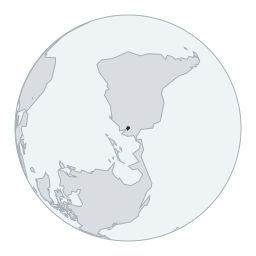 Táchira on an orthographic globe, rotated 225°
{"feature_id": "VEN-28", "entity_name": "Táchira", "entity_type": "State", "adm_level": 1, "iso_a3": "VEN", "parent_name": "Venezuela", "parent_adm1": "", "projection": "orthographic", "projection_center": [-71.957, 7.987], "detail": "fine", "context": "on_globe", "style": "filled", "palette": "slate", "viewbox_px": 256, "rotation_deg": 225, "n_neighbors": 0, "source": "natural_earth", "source_scale": "10m", "svg_char_len": 8137}
<svg xmlns="http://www.w3.org/2000/svg" viewBox="0 0 256 256"><g transform="rotate(225 128 128)"><circle cx="128" cy="128" r="113" fill="#eef3f6" stroke="#a8b0b8"/><path d="M115.9,127.3L113.3,126.0L110.7,129.3L101.7,123.7L98.6,117.0L72.0,105.7L69.5,102.2L69.8,96.8L62.9,79.0L65.0,95.5L61.9,92.2L59.9,86.2L61.5,84.8L60.8,76.4L58.4,73.2L59.9,63.1L68.2,51.2L68.7,53.1L70.7,50.3L70.2,47.9L69.4,47.1L75.4,37.1L75.0,32.5L71.2,33.7L74.9,31.6L65.1,36.1L62.5,36.8L67.8,34.5L70.1,33.2L69.4,32.7L71.7,31.3L72.6,30.5L75.4,29.0L78.2,28.1L80.0,27.2L79.5,27.0L81.9,25.7L82.4,26.0L86.6,23.8L92.2,22.8L91.4,26.4L96.7,25.8L102.0,29.8L103.8,28.7L106.9,30.0L110.2,29.3L110.2,30.6L112.7,29.0L112.1,28.0L113.0,27.0L114.8,26.6L115.2,28.1L114.3,28.5L115.4,28.7L114.8,29.7L116.2,29.0L116.4,31.0L118.9,28.5L121.4,29.7L120.8,31.2L117.3,31.7L107.2,37.6L105.6,39.9L106.7,42.3L116.5,45.3L116.1,47.8L118.2,50.8L120.1,48.9L119.1,46.0L123.0,43.5L121.3,40.6L122.7,39.4L122.4,36.4L126.3,36.3L130.3,37.9L130.7,40.5L132.5,41.4L135.2,38.8L139.0,43.7L146.8,47.6L147.4,49.1L142.9,52.0L135.0,52.2L129.1,57.4L136.8,53.7L138.1,58.2L140.0,58.9L142.2,58.6L143.2,56.9L144.5,58.5L137.4,62.4L136.1,61.0L138.4,59.6L134.7,59.9L129.9,63.2L130.9,65.6L122.6,69.1L123.2,71.0L121.8,73.0L121.3,69.7L122.0,75.9L112.3,83.0L113.1,94.5L108.1,85.6L103.8,84.6L98.5,84.9L98.5,86.7L91.5,85.3L85.1,89.3L82.5,98.4L84.7,105.5L92.5,105.9L94.9,101.9L100.7,101.1L96.4,111.9L106.4,113.4L105.3,121.6L108.2,125.8L113.3,124.7L118.5,126.7L122.3,121.9L128.4,119.3L128.5,125.9L131.9,119.8L135.3,122.9L147.4,122.4L146.4,123.9L156.6,131.4L167.6,134.4L170.1,139.1L168.8,142.2L172.6,142.8L172.7,144.8L187.6,146.9L195.0,151.1L194.7,157.8L188.2,165.9L181.8,182.1L170.1,187.9L166.7,194.2L157.0,203.3L149.9,202.9L151.6,207.1L147.4,209.7L142.7,210.0L141.6,212.9L138.1,213.0L140.3,214.9L134.4,218.6L135.8,221.5L131.5,224.3L132.6,225.9L131.0,225.8L129.3,226.4L129.1,227.3L124.4,225.8L123.3,222.1L125.1,220.2L123.0,219.8L126.9,214.8L124.6,215.8L125.4,207.8L128.9,201.0L131.3,180.4L128.9,176.2L120.3,171.3L109.9,155.3L112.7,148.7L110.4,145.5L117.9,136.1L115.9,127.3ZM22.1,93.5L22.9,90.9L22.7,92.6L22.1,93.5ZM23.3,89.4L23.0,90.2L23.2,89.5L23.3,89.4ZM23.4,88.8L23.3,89.2L23.4,88.8ZM23.3,88.4L23.4,88.5L23.3,88.4ZM112.4,98.5L123.9,104.0L117.3,104.8L118.6,103.7L115.7,101.4L110.2,99.3L104.5,100.6L112.4,98.5ZM23.6,87.1L23.7,86.6L23.8,86.5L23.6,87.1ZM117.7,92.0L115.7,91.6L117.7,91.5L117.7,92.0ZM68.7,47.1L69.9,48.1L69.6,50.9L68.2,50.1L68.7,47.1ZM69.7,42.4L70.9,42.2L68.7,44.8L68.7,44.1L69.7,42.4ZM67.9,35.0L68.5,35.3L67.2,35.6L67.9,35.0ZM72.3,30.6L71.4,31.1L72.3,30.4L72.3,30.6ZM120.3,36.8L121.3,36.6L120.8,37.2L120.3,36.8ZM119.2,35.7L117.9,36.5L117.1,36.2L118.0,35.7L119.2,35.7ZM77.3,27.7L79.0,26.8L77.7,27.5L77.3,27.7ZM120.9,34.8L116.0,35.5L114.8,34.9L116.9,32.5L120.9,34.8ZM83.8,24.4L89.6,22.1L83.8,24.5L82.6,25.2L82.0,25.4L80.3,26.1L84.3,24.2L83.1,24.7L83.8,24.4ZM111.1,27.9L111.9,28.9L109.5,28.5L111.1,27.9ZM109.3,27.8L100.8,28.5L100.5,27.0L103.4,26.9L101.8,25.5L105.8,24.4L107.7,25.0L107.0,26.1L109.1,24.9L109.3,27.8ZM92.7,21.1L94.1,20.7L93.2,21.0L92.7,21.1ZM113.2,26.6L111.4,26.7L111.1,25.4L114.5,24.9L113.5,25.4L113.2,26.6ZM99.3,25.8L99.7,24.9L103.1,23.7L103.7,23.2L105.9,24.3L99.3,25.8ZM114.5,25.6L116.2,24.7L118.0,25.0L114.8,26.4L114.5,25.6ZM109.6,25.3L109.6,24.7L110.7,24.9L109.6,25.3ZM125.5,26.0L123.5,26.0L123.1,25.3L125.5,26.0ZM116.7,24.3L116.1,24.2L115.7,24.0L117.1,23.5L116.7,24.3ZM108.2,23.5L109.5,23.2L107.4,22.9L109.9,22.2L111.0,23.1L111.5,22.4L112.3,22.2L112.3,23.3L108.2,23.5ZM117.5,22.4L119.7,23.7L123.6,23.7L124.0,24.3L117.7,24.2L117.5,22.4ZM114.5,22.8L116.4,22.7L115.9,23.4L114.3,23.9L114.5,22.8ZM111.2,21.4L107.1,22.3L107.0,22.1L111.2,21.4ZM118.7,22.2L118.2,22.0L119.1,22.2L118.7,22.2ZM113.6,21.5L112.2,21.7L113.6,21.5ZM118.2,21.2L118.9,21.6L117.8,21.9L118.2,21.2ZM116.2,21.2L116.4,20.8L117.0,21.8L115.6,21.4L116.2,21.2ZM113.8,21.2L113.3,21.1L114.4,21.1L113.8,21.2ZM122.0,20.0L123.0,21.2L120.6,21.8L119.9,20.5L122.0,20.0ZM132.2,228.9L124.8,226.3L129.0,227.5L132.0,226.1L135.8,228.0L132.2,228.9ZM141.0,225.2L144.4,224.4L145.2,224.8L143.0,225.5L141.0,225.2ZM212.9,54.0L213.7,55.0L216.7,58.6L218.4,60.8L213.9,55.6L212.0,53.5L206.3,49.1L208.5,51.5L214.1,56.0L213.7,55.9L216.7,59.8L214.1,56.8L207.5,51.8L207.5,54.8L212.8,65.7L211.7,67.6L208.3,66.7L201.1,57.2L204.4,54.2L201.9,51.3L196.6,48.2L198.1,47.7L196.4,46.3L197.2,45.3L193.8,41.0L194.0,39.9L188.3,35.7L187.6,34.8L191.2,37.4L193.7,38.9L193.5,37.0L192.2,35.9L188.6,33.5L189.0,33.5L185.5,31.5L183.2,29.9L183.0,30.3L178.7,28.0L175.0,26.0L173.6,25.4L179.6,28.9L182.0,30.2L184.2,31.2L190.8,35.7L191.8,37.0L184.7,33.0L185.3,34.5L179.6,31.2L166.9,23.2L163.8,21.5L166.9,22.3L171.0,23.9L171.1,24.0L173.4,24.9L180.8,28.5L187.9,32.6L194.8,37.3L201.2,42.4L207.3,48.0L212.9,54.0ZM91.5,21.4L89.6,22.1L83.8,24.4L91.5,21.4ZM230.1,175.5L235.2,161.7L237.8,152.4L239.0,145.9L239.2,132.7L239.3,124.3L238.7,121.3L237.8,123.0L236.8,119.5L236.0,120.0L228.9,126.4L225.1,122.4L216.5,108.5L216.6,101.7L213.6,94.8L211.5,68.0L214.4,68.2L216.6,62.2L217.4,62.5L220.8,67.7L225.3,71.5L222.5,66.7L222.7,67.0L226.8,73.9L230.5,81.2L233.6,88.7L236.1,96.4L238.1,104.2L239.5,112.2L240.4,120.3L240.6,128.4L240.3,136.5L239.4,144.6L237.9,152.5L235.9,160.4L233.3,168.1L230.1,175.5ZM216.1,80.4L217.1,82.4L217.1,82.5L216.1,80.4ZM147.7,122.3L149.2,123.5L147.3,123.6L147.7,122.3ZM116.3,107.4L118.8,107.6L120.1,108.6L118.2,108.9L116.3,107.4ZM137.0,107.4L139.9,107.9L136.9,108.5L137.0,107.4ZM125.7,104.7L134.8,107.2L129.0,109.2L123.3,107.7L127.3,107.1L125.7,104.7ZM116.5,95.8L118.0,96.2L117.5,97.4L116.5,95.8ZM119.1,92.0L118.5,92.1L117.8,91.2L119.1,92.0ZM138.6,57.9L139.2,57.7L141.4,57.8L140.4,58.5L138.6,57.9ZM151.3,54.3L153.0,57.0L151.0,55.5L149.9,56.8L144.4,55.5L147.4,49.9L147.0,52.5L151.3,54.3ZM137.8,52.6L141.0,53.8L137.4,52.7L137.8,52.6ZM186.1,40.3L187.8,40.8L189.7,42.6L189.5,44.9L186.8,42.2L186.1,40.3ZM189.8,41.1L182.9,37.0L182.7,35.7L184.0,37.0L184.6,36.6L186.8,38.7L193.4,41.9L195.5,43.8L194.0,46.4L193.4,44.4L191.7,43.9L189.8,41.1ZM165.4,31.7L162.4,30.8L165.9,29.1L168.3,30.3L168.3,32.3L165.4,32.3L165.4,31.7ZM125.5,31.0L124.2,31.3L124.0,30.8L125.1,30.1L125.5,31.0ZM124.6,26.1L131.5,29.3L130.2,29.7L135.8,31.5L134.7,33.5L131.1,32.2L134.4,35.2L130.8,34.9L133.3,36.9L125.6,33.9L122.4,33.9L126.4,33.0L127.5,31.1L127.0,30.4L123.3,28.3L117.1,27.9L117.2,26.3L119.0,25.3L120.5,25.1L119.9,26.2L122.3,25.2L122.7,26.6L124.6,26.1ZM139.1,18.6L137.8,19.1L142.7,18.9L143.1,19.7L143.7,19.7L145.4,20.5L148.4,21.4L148.0,21.8L149.4,22.0L150.5,22.7L152.2,23.2L152.2,24.1L154.3,24.9L153.1,24.9L156.7,26.1L154.0,25.7L155.2,26.7L157.2,26.5L152.9,32.0L153.2,35.2L154.9,38.2L150.0,37.6L145.4,34.6L141.5,30.9L141.9,28.2L139.7,28.6L139.2,27.5L141.2,27.7L137.8,26.9L138.0,26.0L134.5,23.8L129.6,23.5L128.2,22.8L130.2,22.6L127.5,22.1L130.3,21.2L129.3,20.8L131.2,19.7L135.5,19.6L134.2,19.2L135.5,18.5L139.1,18.6ZM122.7,19.6L127.8,19.1L130.5,19.4L126.2,21.3L126.7,21.8L124.0,23.4L120.1,23.0L121.2,22.6L121.4,22.1L122.5,22.4L121.7,21.8L123.3,21.2L123.1,20.6L124.8,20.5L122.7,19.6ZM216.2,60.3L216.5,60.2L216.4,59.5L218.3,62.1L216.2,60.3ZM211.8,56.9L211.7,56.3L214.4,59.3L214.1,59.6L211.8,56.9ZM209.4,53.6L211.5,56.1L210.2,54.9L209.4,53.6ZM190.9,36.9L190.5,36.3L191.3,36.8L192.6,37.8L190.9,36.9ZM153.7,19.5L152.5,19.4L151.9,19.2L148.1,18.6L147.5,18.2L149.5,18.3L153.7,19.5ZM219.5,62.3L219.0,61.6L219.5,62.3ZM152.4,18.9L150.9,18.6L151.5,18.6L152.4,18.9ZM146.8,17.9L147.2,17.7L146.9,18.1L146.8,17.9ZM143.2,16.5L145.0,16.8L144.4,16.8L143.2,16.5ZM93.6,20.8L94.0,20.7L92.8,21.0L93.6,20.8Z" fill="#d9dde1" stroke="#a8b0b8" stroke-width="1"/><path d="M127.2,127.9L127.3,127.8L127.2,127.6L127.1,127.4L127.1,127.2L127.3,127.0L127.3,126.9L127.4,127.0L127.5,127.2L127.8,127.0L127.9,126.9L128.0,126.8L128.3,126.8L128.3,127.0L128.2,127.2L128.3,127.3L128.2,127.4L128.2,127.5L128.3,127.6L128.4,127.8L128.5,127.9L128.9,128.0L128.9,128.3L128.8,128.5L129.0,128.7L129.0,128.8L129.2,129.0L129.0,128.9L128.9,128.9L128.6,128.9L128.4,128.9L128.2,128.9L128.2,129.0L127.9,129.2L127.7,129.2L127.4,129.1L127.2,129.1L127.0,128.9L127.0,128.7L127.0,128.3L127.0,128.2L127.1,127.9L127.2,127.9Z" fill="#64748b" stroke="#1e293b" stroke-width="1.5"/></g></svg>